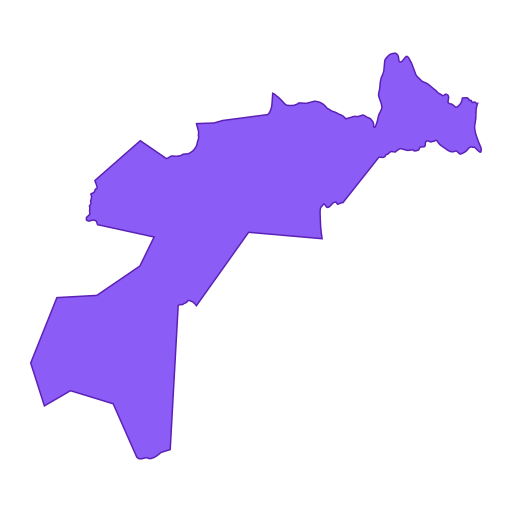 outline of San Nicolas, Santa Bárbara, Honduras
{"feature_id": "27666195B96632165697082", "entity_name": "San Nicolas", "entity_type": "district", "adm_level": 2, "iso_a3": "HND", "parent_name": "Honduras", "parent_adm1": "Santa Bárbara", "projection": "equal_earth", "projection_center": [-88.328, 14.902], "detail": "fine", "context": "isolated", "style": "filled", "palette": "violet", "viewbox_px": 512, "rotation_deg": 0, "n_neighbors": 0, "source": "geoboundaries", "source_scale": "gbopen_adm2", "svg_char_len": 5962}
<svg xmlns="http://www.w3.org/2000/svg" viewBox="0 0 512 512"><path d="M170.2,449.6L178.1,307.1L178.0,306.2L178.1,305.7L178.3,305.4L179.2,304.9L180.3,304.5L181.7,304.7L182.3,304.6L182.7,304.5L183.8,303.6L186.2,302.6L188.2,300.5L188.7,300.4L190.0,300.7L193.0,302.1L194.9,303.8L196.4,305.7L248.6,232.3L322.1,238.7L321.5,234.6L320.7,227.4L320.5,223.7L320.1,213.8L320.1,211.4L320.2,209.8L320.6,208.0L320.9,207.2L321.6,206.5L323.5,204.2L323.8,204.0L324.2,204.1L324.6,204.4L326.7,207.2L327.0,207.3L327.7,207.4L328.6,207.2L329.4,206.7L330.9,205.3L332.8,203.2L333.6,202.7L334.8,202.2L335.6,202.1L336.0,202.2L336.5,202.7L337.2,203.8L337.7,204.3L338.1,204.2L339.3,203.6L341.2,202.9L342.3,202.6L342.9,202.7L378.8,157.3L379.9,157.1L381.5,157.4L383.3,157.4L383.7,157.3L384.9,156.6L386.1,154.6L387.1,154.4L387.8,154.1L389.5,152.5L390.7,151.7L391.4,151.5L394.9,152.0L395.3,152.0L395.6,151.8L396.8,150.7L398.7,149.4L399.5,149.0L400.2,148.7L400.8,148.7L401.5,148.8L405.3,149.9L407.2,150.4L408.4,150.4L411.1,150.0L412.6,149.9L413.3,150.0L413.8,150.7L414.4,150.9L415.7,150.9L417.2,150.5L418.4,150.1L418.6,149.9L418.9,149.5L419.4,148.4L420.0,147.3L420.2,147.1L420.8,147.0L422.1,146.8L423.9,146.9L424.7,146.4L425.0,145.9L425.2,145.5L425.3,143.6L425.6,142.1L426.0,141.5L426.5,141.1L427.1,140.9L428.0,140.9L428.9,141.3L429.9,141.5L430.5,141.9L430.9,142.0L431.8,141.8L432.9,141.3L434.2,141.2L435.2,140.5L436.1,140.3L436.5,140.4L437.0,140.8L437.9,142.2L438.8,143.4L439.8,144.5L440.6,145.2L447.8,150.3L449.2,151.0L450.7,151.6L451.8,151.8L452.7,151.8L454.6,151.4L455.7,151.0L456.2,150.9L456.7,151.2L459.7,153.9L460.1,154.1L460.7,154.0L463.2,153.0L465.5,151.6L466.5,150.8L467.9,149.1L469.4,147.6L470.3,147.1L471.2,146.9L472.9,147.3L474.2,147.3L474.7,147.4L475.4,148.0L477.9,150.5L478.7,151.2L479.9,152.1L480.3,152.2L480.7,152.1L480.9,151.8L481.0,151.5L481.3,149.9L481.2,149.1L480.9,148.0L480.9,147.3L480.6,146.7L480.1,145.7L478.5,141.8L476.9,137.4L475.9,134.4L475.5,133.1L475.1,131.0L474.8,129.5L474.7,127.9L474.6,126.7L474.7,125.7L475.3,121.8L475.8,118.3L476.1,109.5L476.8,105.9L477.6,103.4L477.0,103.6L476.5,103.5L476.2,103.3L475.5,102.4L474.9,102.1L473.9,102.0L473.0,102.5L472.3,102.6L471.9,102.2L471.5,100.8L471.4,100.6L471.0,100.4L469.9,100.4L469.3,100.3L469.1,99.6L468.2,98.5L467.4,97.9L466.6,97.7L465.0,97.9L463.2,97.9L462.4,98.0L462.3,98.3L462.2,99.3L461.7,101.0L461.3,102.1L460.8,103.1L460.0,104.3L458.6,105.8L457.6,106.6L456.9,107.1L456.2,107.2L455.4,107.0L453.5,105.3L451.7,104.1L451.4,104.0L450.3,103.9L449.0,103.3L448.3,102.8L448.1,102.5L448.0,102.0L448.1,101.2L448.5,98.6L448.6,97.5L448.6,96.8L448.4,96.2L448.2,95.7L447.9,95.2L447.5,94.9L446.7,94.4L445.8,94.1L445.3,94.4L443.5,95.5L442.8,95.7L442.2,95.5L441.9,95.3L441.6,94.8L438.2,93.0L437.3,92.0L435.7,90.4L433.5,88.7L429.3,85.1L427.9,84.1L426.5,83.2L424.3,82.3L422.2,81.4L418.9,78.2L416.7,76.1L416.3,75.5L415.7,74.2L413.2,67.5L411.5,63.1L409.2,58.8L408.5,57.7L407.8,56.9L407.4,56.6L407.0,56.4L406.5,56.4L406.1,56.5L405.2,57.4L402.9,60.3L401.9,61.4L401.0,61.9L400.6,62.0L400.1,62.0L399.5,61.6L399.0,61.0L398.4,56.7L397.9,55.5L397.2,54.4L396.4,53.7L395.4,53.2L394.6,53.2L393.2,53.4L390.8,54.0L390.1,54.4L388.8,55.4L387.5,56.6L386.0,58.3L385.3,59.3L384.8,60.5L384.6,61.9L384.4,64.6L383.9,69.9L383.8,70.9L383.5,72.1L383.2,73.2L381.3,77.6L380.7,80.0L380.2,82.6L379.9,86.6L379.5,89.8L378.8,92.6L378.6,94.2L378.6,95.6L379.0,97.1L380.7,101.9L381.4,104.1L381.8,106.5L381.9,107.3L381.8,107.9L381.6,108.9L381.0,110.3L380.2,112.0L379.2,113.9L378.8,114.9L378.4,116.3L377.8,119.0L377.3,121.1L376.7,123.1L376.1,124.9L375.7,125.8L375.3,126.6L375.0,127.0L374.6,127.2L374.2,127.3L373.9,127.2L373.7,126.1L373.6,123.8L373.3,122.9L372.9,121.8L372.4,121.1L370.3,118.6L369.9,118.4L369.2,118.1L366.6,117.0L364.8,115.8L363.3,115.1L362.9,115.1L362.2,115.2L357.6,116.7L356.0,116.4L354.0,116.4L349.5,117.8L347.3,118.3L346.0,118.9L344.7,117.6L343.6,116.6L342.9,116.0L340.9,114.9L340.2,114.6L339.1,114.3L336.7,112.9L334.2,111.8L332.8,111.5L332.0,111.1L330.8,110.5L329.1,109.3L327.6,108.6L326.8,107.9L325.5,106.3L324.7,105.5L322.9,104.0L321.4,103.1L320.1,102.4L318.6,101.9L316.8,101.5L315.2,101.2L314.2,101.3L306.5,103.3L305.1,103.3L301.0,103.0L299.0,102.9L298.4,103.2L297.5,103.9L296.8,104.3L294.3,105.2L293.7,105.4L290.0,105.5L288.0,105.4L287.1,105.3L286.0,104.8L284.8,103.9L280.7,99.5L278.1,97.0L276.8,96.2L274.7,94.3L273.7,93.7L272.7,93.3L272.1,102.3L271.7,106.4L271.3,108.1L270.8,109.4L270.1,111.3L269.2,112.9L268.1,114.2L267.6,114.6L222.6,120.5L213.9,123.0L196.5,123.6L197.0,125.8L198.1,129.7L198.6,131.8L198.5,134.2L198.4,135.9L198.6,136.6L198.7,137.1L198.6,138.1L198.4,139.0L197.4,142.2L196.9,144.5L196.7,145.3L196.4,146.1L195.3,147.8L193.9,149.8L192.6,151.1L190.9,152.3L188.7,153.6L187.8,153.9L185.9,153.9L182.9,154.3L182.5,154.5L181.6,155.2L180.9,155.5L179.3,155.9L177.7,156.1L176.1,156.3L172.6,156.0L171.3,156.1L170.3,156.5L169.0,157.4L168.2,157.9L166.4,158.6L140.3,140.7L94.9,180.5L95.6,182.7L96.0,183.5L96.3,184.4L96.7,185.9L97.1,186.8L97.2,187.2L97.1,187.8L97.0,188.2L96.8,188.6L96.5,188.7L95.9,188.8L95.5,189.2L95.1,189.8L94.7,191.3L93.7,192.6L93.2,192.9L92.2,193.2L91.5,193.6L91.1,193.8L90.9,194.2L90.9,194.6L91.4,195.4L91.5,196.1L91.5,197.2L91.3,198.5L91.1,199.5L90.7,200.4L90.6,201.0L90.6,201.6L90.9,202.4L91.0,202.9L90.8,203.7L90.5,204.4L90.1,205.1L89.6,205.7L89.4,206.2L89.5,206.5L89.7,207.1L89.8,207.6L89.6,210.3L89.7,212.9L90.0,214.1L89.8,214.4L89.3,214.7L87.9,216.2L87.0,216.9L86.6,217.4L86.4,218.0L86.4,218.9L86.5,219.8L86.7,220.3L88.4,221.0L89.0,221.1L90.1,220.9L91.6,220.3L92.4,220.2L93.7,220.1L94.9,220.3L95.7,220.7L96.3,221.4L96.7,222.1L97.2,223.7L97.6,224.7L154.1,237.0L139.9,266.0L96.8,295.4L56.9,297.6L30.7,363.0L44.4,405.9L70.4,390.7L113.2,403.8L136.8,457.2L137.5,457.8L138.6,458.6L139.6,458.8L141.8,458.8L144.7,458.0L146.6,457.7L147.5,457.8L148.3,458.3L148.9,458.6L150.2,458.6L151.4,458.4L153.5,457.7L156.0,456.4L158.9,454.2L160.8,452.6L161.3,452.3L170.2,449.6Z" fill="#8b5cf6" stroke="#5b21b6" stroke-width="1.5"/></svg>